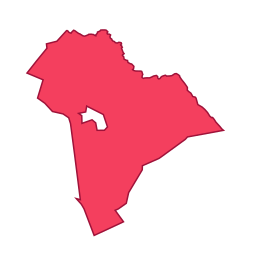 outline of Wise, Virginia, United States of America, rotated 84°
{"feature_id": "52423323B77161668949551", "entity_name": "Wise", "entity_type": "district", "adm_level": 2, "iso_a3": "USA", "parent_name": "United States of America", "parent_adm1": "Virginia", "projection": "equal_earth", "projection_center": [-82.73, 37.001], "detail": "fine", "context": "isolated", "style": "filled", "palette": "rose", "viewbox_px": 256, "rotation_deg": 84, "n_neighbors": 0, "source": "geoboundaries", "source_scale": "gbopen_adm2", "svg_char_len": 2241}
<svg xmlns="http://www.w3.org/2000/svg" viewBox="0 0 256 256"><g transform="rotate(84 128 128)"><path d="M220.8,142.3L208.5,149.4L207.5,146.2L202.7,137.6L192.3,134.1L171.1,118.2L167.0,117.6L161.5,100.4L160.3,98.2L145.2,72.1L143.1,69.8L140.3,33.3L138.7,34.8L136.2,36.4L131.3,40.0L128.6,41.3L126.6,42.6L126.3,43.0L126.4,43.8L124.8,45.4L120.9,47.3L117.7,49.6L115.0,52.0L112.0,56.1L105.5,57.2L104.9,57.5L104.4,57.8L103.4,60.4L101.7,61.0L99.8,61.9L98.4,63.5L96.6,65.1L95.6,64.9L93.8,64.7L89.9,66.8L85.5,69.6L82.5,71.2L81.8,71.1L80.5,72.1L79.0,74.1L78.9,74.5L79.0,76.0L80.5,78.9L80.6,81.0L80.4,84.3L79.7,84.9L79.4,85.4L80.1,88.6L81.0,90.1L81.8,90.7L82.2,91.2L82.4,92.3L81.8,93.0L80.6,93.2L79.9,93.1L78.7,94.3L79.0,97.2L79.8,99.2L80.4,101.3L80.1,103.9L80.0,106.2L80.3,107.4L79.5,108.5L79.4,108.6L79.0,108.8L77.0,108.2L76.4,107.7L73.2,108.4L72.8,109.1L72.1,114.6L71.2,116.7L70.3,117.3L69.9,116.5L69.1,116.1L67.3,115.7L64.7,117.7L64.4,118.8L62.8,121.2L60.8,121.4L60.4,122.7L59.1,124.7L56.7,124.8L56.1,125.2L56.0,125.4L55.1,126.0L54.6,125.8L54.3,125.4L54.1,124.6L53.6,124.1L52.5,124.9L47.9,126.1L47.1,125.2L46.3,125.7L45.7,125.7L45.0,126.5L44.6,126.7L43.7,125.6L42.5,125.9L42.1,126.9L41.8,128.2L42.4,129.8L41.8,131.7L40.7,132.4L39.9,133.9L39.0,134.7L38.5,134.7L38.0,134.8L36.7,136.2L35.1,136.4L34.4,135.9L34.0,135.7L33.6,135.6L32.6,137.0L32.5,138.4L32.1,138.8L31.2,138.8L30.3,138.0L29.6,138.5L29.2,138.8L28.7,139.2L28.3,139.7L28.1,140.7L28.0,141.7L27.7,144.6L27.7,144.8L28.7,145.9L29.4,148.3L29.9,148.4L30.3,148.5L31.2,149.3L31.9,150.2L32.9,150.3L32.7,151.0L31.4,152.6L31.1,154.1L30.9,154.5L30.7,157.2L31.2,158.0L31.8,160.1L31.9,160.3L32.1,161.8L31.8,162.6L31.3,163.8L30.7,164.2L30.1,165.2L29.5,165.8L28.8,167.2L27.0,169.3L26.4,169.9L25.6,170.8L25.1,171.9L26.9,174.1L27.8,174.8L26.6,176.9L25.5,177.4L24.7,178.5L24.8,179.0L34.3,189.7L35.8,200.3L40.2,200.3L52.0,212.2L62.8,222.7L71.2,207.4L88.8,214.8L94.7,208.1L103.7,201.4L107.2,191.1L111.6,185.9L117.6,184.7L147.9,183.9L194.3,182.9L192.8,186.8L198.9,182.4L203.7,180.2L231.3,172.9L220.8,142.3ZM101.9,166.8L112.0,151.1L124.8,148.3L127.8,151.7L127.1,159.0L119.5,159.6L116.1,162.9L118.6,173.3L110.9,172.7L108.3,175.6L107.6,168.4L101.9,166.8Z" fill="#f43f5e" stroke="#9f1239" stroke-width="1.5"/></g></svg>